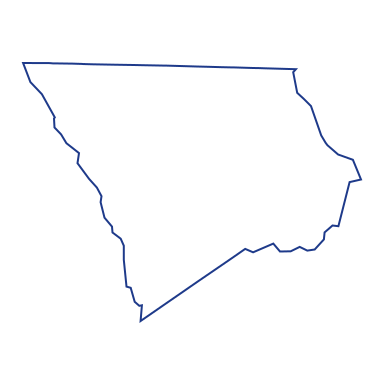 Chesterfield, South Carolina, United States of America
{"feature_id": "52423323B78786867018867", "entity_name": "Chesterfield", "entity_type": "district", "adm_level": 2, "iso_a3": "USA", "parent_name": "United States of America", "parent_adm1": "South Carolina", "projection": "equal_earth", "projection_center": [-80.194, 34.592], "detail": "fine", "context": "isolated", "style": "outline", "palette": "blue", "viewbox_px": 384, "rotation_deg": 0, "n_neighbors": 0, "source": "geoboundaries", "source_scale": "gbopen_adm2", "svg_char_len": 1030}
<svg xmlns="http://www.w3.org/2000/svg" viewBox="0 0 384 384"><path d="M338.4,226.2L349.6,182.1L361.0,179.5L352.9,159.8L338.1,154.5L327.5,145.3L325.6,142.8L321.2,135.4L311.0,106.1L303.8,98.9L297.2,92.8L293.2,72.2L295.9,69.2L264.7,68.3L259.2,68.1L253.1,68.0L246.5,67.8L233.5,67.4L231.7,67.4L222.7,67.2L222.3,67.2L208.4,66.8L196.4,66.5L166.0,65.6L164.2,65.6L142.8,65.2L133.7,65.0L126.8,64.9L114.2,64.7L92.7,64.3L85.3,64.1L84.7,64.0L84.2,64.1L81.5,63.9L77.7,63.8L71.7,63.6L70.4,63.6L56.0,63.4L53.1,63.4L49.7,63.1L23.1,63.0L30.4,82.1L41.9,94.2L54.8,117.4L54.0,118.5L54.5,127.5L61.1,134.4L66.4,143.2L79.0,153.1L77.5,163.2L89.0,178.8L96.9,187.6L101.5,196.2L100.6,202.2L104.5,217.7L112.0,226.6L112.5,232.5L120.7,238.7L123.8,245.7L123.8,259.8L126.5,286.6L130.7,287.8L134.7,301.8L139.3,305.8L141.9,305.3L140.6,321.0L198.5,281.0L232.1,258.0L245.2,248.9L253.1,252.3L273.3,243.6L280.0,251.5L290.7,251.3L299.7,246.9L307.3,250.6L314.7,249.5L323.9,239.4L324.6,232.4L332.5,225.5L338.4,226.2Z" fill="none" stroke="#1e3a8a" stroke-width="2"/></svg>